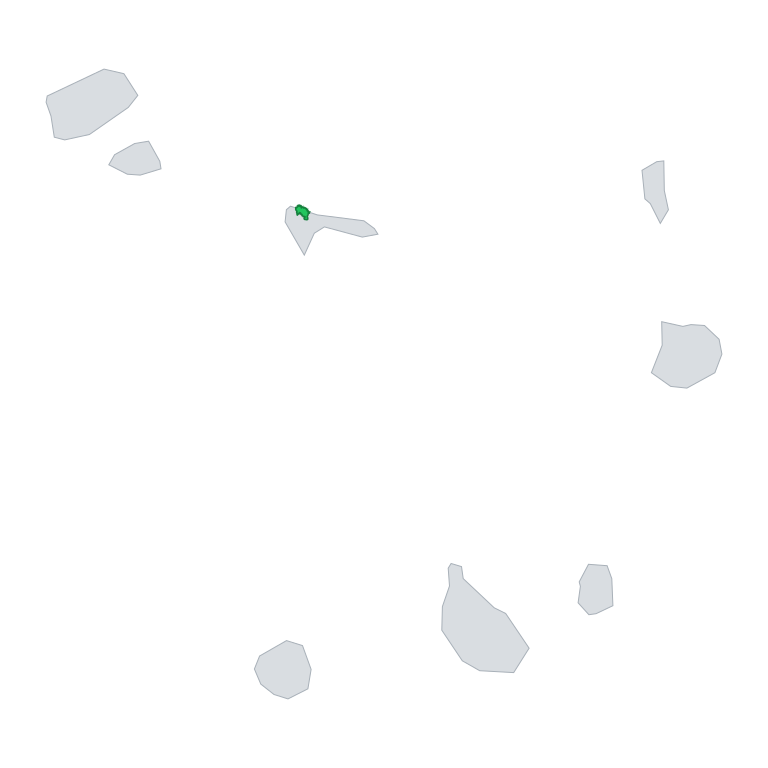 Nossa Senhora Da Lapa, Ribeira Brava, Cabo Verde shown in context
{"feature_id": "66160863B12848359802416", "entity_name": "Nossa Senhora Da Lapa", "entity_type": "district", "adm_level": 2, "iso_a3": "CPV", "parent_name": "Cabo Verde", "parent_adm1": "Ribeira Brava", "projection": "orthographic", "projection_center": [-24.326, 16.654], "detail": "fine", "context": "in_parent", "style": "filled", "palette": "green", "viewbox_px": 768, "rotation_deg": 0, "n_neighbors": 0, "source": "geoboundaries", "source_scale": "gbopen_adm2", "svg_char_len": 4750}
<svg xmlns="http://www.w3.org/2000/svg" viewBox="0 0 768 768"><path d="M529.1,648.2L513.7,672.6L479.7,670.7L462.3,660.8L441.8,630.2L442.4,606.6L449.5,586.0L448.2,568.2L451.1,563.5L461.5,566.6L463.2,578.6L494.2,607.8L505.7,613.5L529.1,648.2ZM89.4,134.5L64.7,139.9L54.3,137.2L51.0,116.1L46.1,102.2L47.2,96.0L104.0,69.1L123.9,73.7L137.8,95.4L128.3,107.4L89.4,134.5ZM661.7,321.7L682.9,326.4L691.0,324.6L704.5,325.5L719.1,339.3L721.9,354.1L714.9,372.7L686.9,388.1L670.7,386.4L651.4,372.7L662.2,345.2L661.7,321.7ZM307.9,688.8L288.0,698.9L274.0,694.5L260.8,684.1L254.4,669.0L259.6,656.0L286.5,640.6L302.5,645.6L311.1,669.4L307.9,688.8ZM363.9,220.8L374.4,228.6L377.9,234.2L362.3,237.1L324.4,226.9L314.3,233.2L304.3,255.1L285.1,221.9L286.4,209.7L290.5,206.2L317.3,214.9L363.9,220.8ZM596.0,613.7L588.9,614.7L578.1,602.8L580.4,586.3L579.2,581.9L588.5,564.3L607.1,565.7L611.8,578.7L612.9,605.7L596.0,613.7ZM161.0,168.8L140.2,175.1L127.3,174.2L108.8,164.8L114.6,154.7L134.7,143.5L148.6,141.2L159.8,161.3L161.0,168.8ZM668.4,209.8L660.3,223.4L650.3,203.6L644.9,198.9L642.0,170.3L656.7,161.7L663.8,160.9L664.3,190.5L668.4,209.8Z" fill="#d9dde1" stroke="#a8b0b8" stroke-width="1"/><path d="M309.8,212.8L309.7,212.9L309.5,212.4L309.4,212.2L309.2,212.1L309.3,212.0L309.2,212.0L309.1,211.9L309.1,212.0L309.0,211.9L308.9,211.9L308.8,211.7L308.7,211.8L308.4,211.9L308.2,211.9L308.1,211.7L307.9,211.6L308.0,211.6L307.9,211.5L308.0,211.3L308.0,211.2L307.9,211.2L308.1,211.1L308.1,210.9L307.9,210.9L307.7,210.9L307.8,210.7L308.0,210.5L307.9,210.6L307.5,210.7L307.4,210.7L307.5,210.7L307.3,210.7L307.2,210.5L307.1,210.4L307.1,210.2L307.3,210.1L307.3,209.8L307.2,209.7L307.0,209.8L307.1,209.7L306.9,209.6L307.0,209.5L306.9,209.5L306.7,209.5L306.7,209.3L306.4,209.3L306.5,209.3L306.5,209.2L306.4,209.2L306.3,208.9L306.2,209.0L306.3,208.7L306.2,208.7L306.2,208.8L306.1,208.7L305.9,208.5L306.0,208.5L305.9,208.4L305.8,208.5L305.9,208.4L305.7,208.3L305.6,208.5L305.5,208.4L305.5,208.2L305.4,208.1L305.2,208.0L305.1,207.8L304.8,207.9L304.6,208.0L304.5,207.9L304.5,207.7L304.4,207.6L304.2,207.5L304.1,207.4L304.0,207.5L304.0,207.4L304.0,207.5L303.9,207.5L303.7,207.6L303.4,207.6L303.2,207.4L303.1,207.5L302.8,207.3L302.7,207.3L302.7,207.2L302.6,207.3L302.2,207.5L302.0,207.4L301.9,207.4L302.0,207.2L301.9,207.1L301.7,207.4L301.6,207.5L301.6,207.4L301.5,207.5L301.4,207.4L301.2,207.3L301.2,207.2L301.2,206.9L301.1,206.6L301.2,206.4L301.2,206.2L301.2,205.9L301.0,205.7L300.8,205.8L300.8,205.7L300.7,205.7L300.6,205.8L300.6,205.7L300.4,205.6L300.2,205.5L300.2,205.4L300.2,205.5L300.1,205.4L300.0,205.5L299.9,205.4L299.8,205.6L299.7,205.6L299.6,205.4L299.4,205.4L299.4,205.5L299.3,205.4L299.2,205.3L299.3,205.3L299.1,205.2L298.9,205.2L298.9,205.3L298.7,205.4L298.7,205.5L298.5,205.8L298.4,205.8L298.5,205.9L298.4,206.0L298.2,206.0L298.3,206.1L298.1,206.1L298.2,206.3L297.8,206.6L297.7,206.6L297.5,206.8L297.4,206.8L297.2,206.9L297.3,207.0L297.2,207.1L297.0,207.4L296.9,207.5L296.7,207.5L296.3,207.6L296.2,207.5L296.1,207.8L295.9,207.8L295.7,207.8L295.7,208.1L295.7,208.5L295.9,208.6L295.9,208.8L295.9,209.0L295.7,209.2L295.7,209.3L295.9,209.5L295.9,209.8L295.9,210.0L296.0,210.2L296.3,210.5L296.5,210.7L297.0,211.2L297.0,211.3L296.9,211.5L296.8,211.8L296.6,212.0L296.6,212.3L296.7,212.5L296.9,212.5L297.0,212.7L297.0,213.0L297.0,213.4L296.9,213.7L296.9,213.9L297.0,214.2L297.1,214.3L297.1,214.5L297.2,214.9L297.2,215.0L297.3,215.1L297.5,215.0L297.8,214.6L298.0,214.5L298.1,214.4L298.3,214.0L298.4,213.9L298.4,213.7L298.6,213.6L298.9,213.4L299.1,213.1L299.6,212.8L299.8,212.8L299.7,213.0L299.8,213.0L299.7,213.1L299.8,213.2L299.8,213.3L299.7,213.2L299.7,213.3L299.9,213.4L299.8,213.5L300.0,213.7L300.1,213.8L300.1,214.0L300.6,214.1L300.8,214.0L301.2,213.9L301.4,214.1L301.5,214.2L301.6,214.3L301.9,214.4L302.0,214.6L301.9,214.8L302.0,214.8L302.0,215.1L302.1,215.3L302.1,215.5L302.3,215.7L302.3,215.8L302.6,215.8L302.7,216.0L302.9,216.1L303.0,216.2L303.3,216.3L303.3,216.6L303.8,216.6L304.0,216.4L304.3,216.4L304.5,216.5L304.9,216.7L305.1,216.9L305.2,217.0L304.4,217.6L304.2,218.0L304.2,218.4L304.1,218.6L304.3,218.8L304.4,219.1L304.4,219.3L304.6,219.4L305.0,219.4L305.1,219.5L305.4,219.4L305.7,219.5L305.9,219.6L306.1,219.7L306.4,219.7L306.5,219.7L306.8,219.7L307.2,219.5L307.3,219.6L307.5,219.5L307.6,219.3L307.7,219.2L307.8,219.1L307.7,218.6L307.8,218.3L307.7,218.1L307.6,217.8L307.7,217.7L307.6,217.3L307.5,217.1L307.5,216.9L307.4,216.8L307.4,216.6L307.3,216.4L307.3,216.0L307.4,215.8L307.6,215.7L308.0,215.0L308.1,214.6L308.1,214.3L308.1,214.0L308.2,213.8L308.3,213.7L308.2,213.5L308.2,213.4L308.3,213.3L308.2,213.1L308.4,212.9L308.6,212.7L308.8,212.7L309.0,212.6L309.2,212.9L309.3,213.0L309.6,213.0L309.8,212.8L309.8,212.8Z" fill="#22c55e" stroke="#15803d" stroke-width="1.5"/></svg>